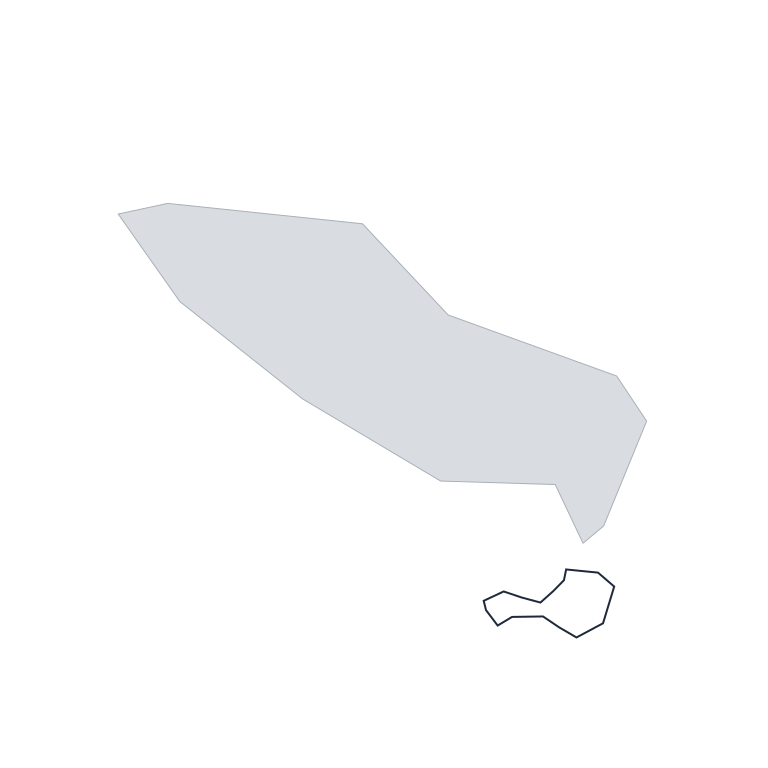 location of Al Muḩarraq within Bahrain, rotated 124°
{"feature_id": "BHR-4930", "entity_name": "Al Muḩarraq", "entity_type": "Governorate", "adm_level": 1, "iso_a3": "BHR", "parent_name": "Bahrain", "parent_adm1": "", "projection": "mercator", "projection_center": [50.643, 26.245], "detail": "fine", "context": "in_parent", "style": "outline", "palette": "slate", "viewbox_px": 768, "rotation_deg": 124, "n_neighbors": 0, "source": "natural_earth", "source_scale": "10m", "svg_char_len": 584}
<svg xmlns="http://www.w3.org/2000/svg" viewBox="0 0 768 768"><g transform="rotate(124 384 384)"><path d="M429.8,599.4L391.7,699.4L355.3,664.4L263.2,491.4L290.9,369.4L247.3,195.6L267.9,145.5L378.9,122.5L404.7,130.0L371.6,185.8L432.8,282.8L441.9,443.1L429.8,599.4Z" fill="#d9dde1" stroke="#a8b0b8" stroke-width="1"/><path d="M423.2,79.9L459.9,68.6L486.5,82.7L487.8,102.5L487.8,122.2L505.5,147.6L520.7,154.7L514.4,173.0L508.0,180.1L489.1,168.8L484.0,150.4L477.7,132.1L461.2,127.9L446.0,125.1L435.9,129.3L420.7,101.1L423.2,79.9Z" fill="none" stroke="#1e293b" stroke-width="2"/></g></svg>